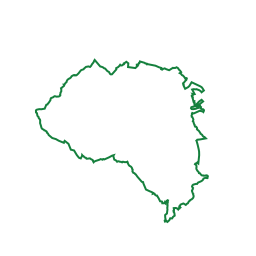 the district of Chiliile, Buzau, Romania, rotated 201°
{"feature_id": "2599482B72607399791011", "entity_name": "Chiliile", "entity_type": "district", "adm_level": 2, "iso_a3": "ROU", "parent_name": "Romania", "parent_adm1": "Buzau", "projection": "orthographic", "projection_center": [26.575, 45.45], "detail": "fine", "context": "isolated", "style": "outline", "palette": "green", "viewbox_px": 256, "rotation_deg": 201, "n_neighbors": 0, "source": "geoboundaries", "source_scale": "gbopen_adm2", "svg_char_len": 5661}
<svg xmlns="http://www.w3.org/2000/svg" viewBox="0 0 256 256"><g transform="rotate(201 128 128)"><path d="M183.5,179.6L183.7,178.4L183.7,177.0L184.5,174.5L184.7,172.9L185.3,171.4L187.0,171.3L189.1,170.0L190.4,167.6L190.5,166.9L192.2,165.5L192.7,164.8L193.8,161.2L194.8,159.1L195.2,158.8L195.3,158.5L196.6,158.0L196.8,158.3L197.8,157.8L199.2,156.1L199.4,154.8L200.2,153.4L200.6,153.1L201.7,151.5L201.9,150.5L202.0,149.5L201.8,149.0L202.7,147.0L202.8,145.9L203.4,145.6L202.9,145.3L202.9,144.2L204.0,142.5L204.1,142.0L204.8,141.1L204.0,139.9L203.4,138.2L203.7,136.8L203.3,135.5L203.4,134.8L202.9,134.1L203.4,133.1L204.1,132.5L206.1,131.6L207.7,131.5L208.4,130.8L208.8,130.0L210.6,128.3L210.7,127.4L210.4,126.1L211.1,123.0L211.6,121.9L211.6,121.1L212.6,120.4L212.7,116.2L215.7,114.4L217.6,113.8L219.6,112.5L220.1,111.9L220.2,111.3L219.4,109.5L218.3,109.2L217.0,107.0L216.0,106.4L215.4,106.2L214.9,105.3L213.3,104.4L212.7,103.6L211.8,101.0L210.3,99.2L208.8,97.1L207.7,96.4L205.9,96.2L205.3,95.8L204.3,95.9L202.6,95.5L202.1,94.6L200.8,94.2L199.5,93.0L195.1,91.5L191.4,91.8L188.1,91.3L182.6,91.2L182.7,92.1L182.5,93.3L177.9,91.9L173.6,87.3L170.3,87.7L166.1,84.4L163.2,82.7L162.6,82.6L161.2,82.7L160.9,85.5L161.1,86.3L160.2,85.8L159.5,85.8L159.1,85.5L157.7,85.0L156.6,85.1L156.1,84.6L155.5,84.5L152.7,86.0L151.2,85.6L149.7,85.5L149.0,85.1L148.6,84.3L147.8,83.7L147.6,84.3L146.7,85.4L143.7,87.8L142.3,89.2L140.4,89.3L140.2,90.0L139.9,90.2L138.8,90.2L135.3,93.7L132.9,96.5L131.6,97.5L131.7,96.8L131.6,96.5L129.5,93.6L127.5,93.4L126.1,92.6L125.8,93.1L124.8,93.6L123.2,93.6L122.5,93.9L121.2,93.8L120.8,94.6L120.6,94.7L119.0,94.9L117.9,95.3L116.8,95.9L116.5,96.3L115.9,95.8L115.6,95.1L114.0,93.7L113.1,93.2L111.9,93.1L111.0,92.8L109.9,92.0L109.5,91.3L108.9,91.0L108.9,90.7L108.6,90.4L108.4,89.3L108.2,88.9L107.4,88.5L107.1,88.1L105.7,88.1L104.9,87.6L104.2,87.5L101.6,85.8L95.8,82.7L94.5,82.9L93.9,81.9L89.2,77.0L84.9,76.7L83.0,76.7L82.4,76.6L82.1,76.3L81.2,76.5L80.8,76.3L80.9,75.7L80.2,76.2L79.7,76.2L78.7,75.3L77.2,75.0L76.7,75.3L73.9,73.1L71.8,71.1L69.9,71.5L69.6,71.2L69.0,70.0L67.7,70.5L67.1,71.2L66.4,71.0L66.9,71.8L66.7,72.0L66.8,72.3L66.2,72.2L65.9,71.8L65.7,71.9L65.8,72.4L65.2,72.6L65.6,73.2L65.1,73.5L65.5,74.0L65.1,74.2L65.1,74.7L64.7,74.7L64.7,74.1L64.2,72.9L64.1,71.5L63.3,69.9L63.0,68.7L62.8,68.3L62.8,67.6L62.0,66.2L61.0,62.1L62.1,60.3L62.1,59.9L61.0,57.4L60.2,56.3L60.1,55.9L60.6,54.8L60.0,53.9L59.4,54.3L59.3,54.5L58.9,54.5L58.7,55.0L57.5,54.5L56.4,56.7L56.2,58.9L54.5,59.3L54.3,60.0L54.2,60.9L53.7,61.9L53.0,62.9L54.2,65.2L55.2,65.9L55.2,66.5L55.9,66.9L55.9,67.2L55.6,67.6L55.8,68.0L55.8,68.4L56.3,69.0L56.6,69.6L54.7,70.5L53.4,70.5L52.0,69.9L51.9,70.9L51.6,70.9L51.6,71.4L51.3,71.5L51.4,71.8L51.0,71.9L51.0,72.3L50.7,72.6L52.0,73.4L51.6,74.2L51.5,75.3L49.4,77.3L49.1,77.4L46.5,76.9L45.9,78.3L45.1,79.2L44.9,81.2L44.2,82.3L44.1,83.0L43.0,84.2L42.3,85.6L42.1,86.5L42.3,88.0L43.3,89.2L43.4,89.8L43.9,90.0L45.8,92.2L45.9,92.7L45.7,93.2L45.6,94.0L45.9,94.9L45.8,95.3L47.2,96.2L47.3,97.4L46.8,98.5L44.5,100.2L43.5,100.5L43.0,102.2L40.9,104.2L39.9,105.5L39.5,106.4L39.4,107.8L37.8,109.3L36.3,109.5L36.0,109.6L35.8,110.0L36.4,110.7L36.5,111.5L36.3,111.7L36.5,111.9L36.8,112.0L37.6,112.0L40.1,110.6L40.8,110.7L41.8,110.2L43.2,110.6L44.6,111.5L45.6,111.3L46.3,112.2L48.0,113.0L49.4,114.2L49.9,115.1L50.0,116.1L50.7,117.4L51.3,117.9L52.5,118.2L52.4,118.8L51.4,119.8L51.0,120.6L50.5,120.1L49.6,119.9L51.8,128.1L53.2,131.5L54.4,133.5L57.1,137.5L59.4,140.6L59.6,140.7L59.1,141.9L56.7,143.1L51.6,146.2L53.4,147.0L54.6,147.0L55.7,147.6L56.3,148.2L58.3,148.7L58.5,149.1L60.8,150.7L63.0,151.4L63.3,151.7L63.3,152.3L63.5,152.7L64.7,153.6L65.1,153.6L65.7,153.3L66.7,154.1L66.9,154.8L67.9,155.5L69.1,157.2L69.9,157.5L69.9,158.5L70.0,159.3L70.4,159.8L71.9,161.3L72.5,161.3L73.2,162.6L73.0,163.4L73.5,164.4L73.3,164.6L73.3,165.1L71.9,165.1L67.2,169.8L64.2,170.2L63.4,169.9L63.3,171.4L63.5,171.9L64.4,172.4L65.8,172.1L66.9,172.2L67.2,172.8L67.3,173.7L68.0,173.9L69.0,174.9L70.2,174.1L70.4,173.5L69.8,172.9L69.7,172.5L69.2,172.2L70.9,171.0L71.5,170.3L74.0,168.9L75.4,168.5L76.3,169.1L76.3,170.1L75.4,170.9L74.6,171.2L73.8,172.0L72.2,172.8L71.3,172.8L70.9,173.8L67.4,179.7L69.4,180.7L70.8,178.7L71.5,177.4L71.6,176.7L73.1,173.8L74.3,173.6L74.9,175.5L75.6,175.3L76.2,175.9L75.9,176.4L75.8,176.9L76.6,176.9L77.0,177.1L77.9,178.4L78.0,178.7L78.3,179.0L78.4,179.6L78.6,179.5L78.7,179.8L79.3,180.0L80.1,180.9L80.1,181.1L79.6,181.2L79.6,181.7L78.9,182.5L79.0,182.8L79.6,183.1L78.4,183.4L78.0,183.6L81.9,186.9L80.8,187.7L78.4,188.4L77.9,188.8L75.0,188.8L73.2,188.4L72.1,187.7L70.6,190.2L72.7,191.8L73.9,192.5L75.5,192.8L85.0,193.5L85.8,189.2L86.5,187.7L88.7,185.1L91.4,187.6L91.9,188.3L91.6,188.5L91.8,188.8L92.6,189.5L92.0,190.6L91.3,192.8L90.8,193.6L90.8,194.4L90.9,195.4L91.6,195.5L92.3,195.2L92.2,194.6L93.9,195.9L95.6,196.7L96.5,196.7L98.0,197.6L99.3,197.8L98.4,199.2L99.9,200.2L101.5,200.8L102.5,201.7L104.4,202.1L105.5,200.9L106.3,200.7L106.8,200.3L107.6,200.3L110.3,196.7L113.5,196.6L115.1,196.8L116.6,195.6L116.9,194.8L117.3,194.7L118.2,194.8L118.4,196.0L120.7,195.8L124.7,196.0L132.3,194.7L133.2,194.8L133.3,194.3L134.0,194.6L135.2,194.5L135.7,194.8L140.7,194.4L140.6,193.7L140.8,192.9L140.6,192.4L140.8,192.2L141.1,192.3L141.2,191.5L141.4,191.0L142.5,190.3L142.1,189.4L141.3,189.4L142.6,186.6L149.8,184.9L150.9,188.5L153.3,189.2L153.7,188.5L154.3,187.7L154.5,186.6L155.1,186.6L155.0,185.6L155.5,185.2L156.1,184.2L157.2,183.8L158.0,184.2L158.4,182.7L159.0,181.4L160.5,179.6L159.9,178.5L162.2,172.4L163.3,171.9L164.4,172.2L165.6,173.4L167.8,173.8L170.6,175.3L171.8,175.2L172.7,175.6L174.3,175.7L176.0,175.5L183.5,179.6Z" fill="none" stroke="#15803d" stroke-width="2"/></g></svg>